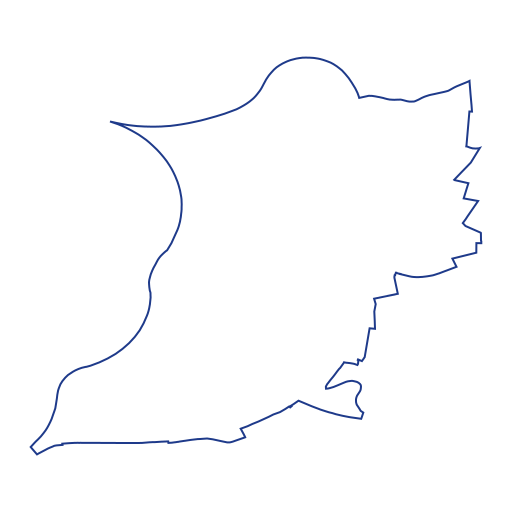 outline of Doesburg, Gelderland, Netherlands
{"feature_id": "6326949B86842981978413", "entity_name": "Doesburg", "entity_type": "district", "adm_level": 2, "iso_a3": "NLD", "parent_name": "Netherlands", "parent_adm1": "Gelderland", "projection": "natural_earth1", "projection_center": [6.146, 52.019], "detail": "fine", "context": "isolated", "style": "outline", "palette": "blue", "viewbox_px": 512, "rotation_deg": 0, "n_neighbors": 0, "source": "geoboundaries", "source_scale": "gbopen_adm2", "svg_char_len": 5941}
<svg xmlns="http://www.w3.org/2000/svg" viewBox="0 0 512 512"><path d="M30.7,447.0L32.1,448.7L37.0,454.4L38.4,453.6L39.1,453.2L40.1,452.7L41.4,452.0L43.1,451.1L45.4,449.9L47.8,448.6L49.6,447.8L49.8,447.7L52.8,446.5L53.4,446.2L54.3,445.8L54.8,445.7L56.5,445.4L62.5,444.9L62.3,443.7L67.3,443.3L68.7,443.2L72.1,443.0L74.1,442.9L78.0,442.8L79.2,442.9L80.3,442.8L83.0,442.9L92.8,442.9L100.2,442.9L123.2,443.0L124.0,443.0L125.3,443.0L132.1,443.0L138.5,443.0L142.3,442.9L149.4,442.3L153.3,442.1L155.2,442.1L161.2,441.7L168.2,441.4L168.4,442.9L171.6,442.7L172.1,442.7L172.4,442.6L174.7,442.3L175.7,442.2L177.5,441.9L178.5,441.8L179.3,441.6L184.0,440.9L185.6,440.7L186.1,440.6L186.8,440.5L190.8,439.9L197.6,439.1L200.3,439.0L201.5,438.9L207.1,438.5L212.7,439.3L221.0,441.1L227.2,442.4L229.8,442.4L231.5,442.0L232.9,441.6L235.7,440.6L245.2,437.3L245.1,437.0L243.7,434.2L240.7,428.7L247.6,426.2L252.3,424.0L258.5,421.5L264.2,418.9L268.8,416.8L273.3,414.5L280.0,412.1L281.2,411.4L285.3,409.0L289.1,406.5L290.2,407.4L291.5,406.3L290.9,405.8L293.3,404.3L298.5,400.7L311.6,406.2L314.2,407.2L319.0,409.0L320.2,409.5L323.6,410.6L326.4,411.5L329.0,412.3L332.3,413.1L335.2,414.0L335.8,414.2L340.5,415.3L341.3,415.5L343.1,415.9L348.8,417.0L350.6,417.3L355.6,418.0L361.2,418.8L361.7,417.4L363.3,412.6L360.7,410.9L359.6,409.0L356.7,404.6L356.1,402.5L356.0,401.1L356.0,400.1L356.0,399.2L356.4,397.4L357.1,395.6L358.3,393.8L358.9,392.9L360.0,391.2L360.6,389.8L360.8,388.6L360.9,387.6L361.0,386.8L360.8,385.2L360.1,384.1L358.6,382.8L356.9,381.9L354.1,381.2L352.5,380.9L351.2,380.9L348.0,381.3L346.1,381.8L344.1,382.6L341.0,383.9L337.7,385.3L333.5,387.0L330.1,388.0L328.6,388.4L327.3,388.6L326.0,388.7L325.9,387.1L325.9,386.5L326.5,385.4L327.2,384.1L327.9,383.3L330.5,379.9L333.0,376.9L334.4,375.1L337.3,371.2L338.8,369.3L339.3,368.7L340.1,368.0L342.1,365.2L343.7,363.0L344.0,362.3L346.0,362.7L347.2,362.8L349.9,363.1L352.9,363.6L354.3,363.9L357.4,365.0L358.0,363.9L358.1,363.2L358.1,362.8L358.2,362.1L358.2,361.6L358.5,360.9L358.1,360.1L357.8,360.0L357.9,359.6L358.0,359.4L361.9,361.1L363.4,359.0L364.7,357.1L369.6,328.3L375.0,328.8L374.9,325.9L374.7,320.1L374.3,311.5L375.7,304.1L374.1,298.7L397.8,293.8L394.5,278.2L394.4,277.9L394.4,277.2L394.4,276.5L394.5,276.0L394.7,275.1L395.1,275.1L395.1,274.9L395.2,274.7L395.6,273.5L396.2,271.9L396.2,272.1L396.2,272.3L396.3,272.4L396.4,272.6L396.5,272.7L396.7,272.9L396.9,273.0L397.0,273.1L398.4,273.5L400.3,273.9L400.2,274.1L400.7,274.2L409.4,276.3L411.9,276.8L414.0,277.0L415.8,277.1L418.8,277.1L422.4,276.9L425.8,276.5L427.9,276.2L431.4,275.6L433.0,275.3L435.6,274.5L437.7,273.8L439.3,273.3L440.6,272.8L444.8,271.2L447.0,270.4L456.5,266.8L452.4,258.6L476.3,252.7L476.4,243.1L481.3,243.2L481.3,241.4L481.3,241.2L481.0,240.8L481.0,239.9L480.9,233.0L480.8,232.8L480.7,232.7L465.5,226.0L462.8,223.1L465.6,219.3L466.2,218.4L467.5,216.4L478.1,201.0L463.7,198.4L466.3,189.9L468.4,183.2L454.6,180.1L454.2,179.8L461.5,172.2L470.8,162.6L479.8,148.0L479.5,148.1L479.4,148.3L476.3,148.5L475.0,148.5L473.3,148.4L472.8,148.4L471.3,148.0L470.2,147.7L469.4,147.4L468.6,147.1L467.1,146.5L466.3,146.4L466.5,145.1L468.1,126.7L469.4,111.5L472.0,111.6L471.5,104.9L471.3,102.8L470.5,93.9L469.5,81.2L469.5,80.9L468.1,81.6L466.0,82.5L461.8,84.2L456.7,86.3L454.2,87.5L449.2,90.3L448.6,90.6L448.2,90.8L447.2,91.1L445.3,91.6L443.2,92.1L438.6,93.1L434.1,94.1L430.7,94.8L429.1,95.2L425.7,96.3L424.3,96.8L421.6,98.0L420.7,98.5L419.4,99.2L418.4,99.7L415.3,101.1L414.7,101.3L414.0,101.5L413.6,101.5L411.6,101.6L409.7,101.6L408.8,101.5L408.3,101.4L407.1,101.2L403.7,100.3L401.7,99.8L400.6,99.6L400.0,99.6L397.9,99.7L396.6,99.7L394.3,99.8L392.0,99.7L390.6,99.6L389.9,99.6L388.4,99.3L387.3,99.1L384.2,98.3L383.7,98.1L381.5,97.6L379.2,97.1L378.0,96.9L375.4,96.4L373.5,96.1L372.1,95.9L368.8,95.8L359.2,97.9L358.8,96.5L357.5,92.9L355.3,88.4L351.8,82.7L348.7,78.1L345.3,74.0L342.0,70.4L339.4,68.3L336.8,66.3L333.4,64.1L330.6,62.6L327.8,61.5L325.6,60.7L322.9,59.8L320.0,59.0L318.1,58.6L315.0,58.1L313.3,57.9L310.0,57.7L305.8,57.6L302.4,57.7L299.3,58.1L296.3,58.6L292.4,59.6L290.5,60.1L287.3,61.3L285.5,62.1L282.6,63.5L279.4,65.4L276.6,67.3L273.9,69.7L271.0,72.9L268.9,75.4L267.6,77.3L266.4,79.1L265.6,80.4L265.5,80.7L263.8,83.8L262.6,86.1L261.3,88.5L259.9,90.7L257.1,94.3L255.6,96.1L253.7,98.1L252.1,99.5L249.9,101.3L248.7,102.2L246.4,103.8L243.8,105.4L241.5,106.7L239.9,107.6L236.5,109.3L231.7,111.1L224.6,113.7L216.2,116.3L205.8,119.2L200.4,120.6L191.2,122.6L188.2,123.2L181.3,124.4L176.6,125.1L170.4,125.9L165.8,126.2L161.4,126.5L157.8,126.6L153.3,126.7L148.4,126.6L144.4,126.5L140.8,126.3L137.3,126.1L132.6,125.6L127.7,125.0L122.3,124.1L116.3,122.9L110.0,121.5L118.0,124.2L121.9,125.8L126.1,127.7L132.0,130.8L135.0,132.5L138.6,134.6L142.1,137.0L146.3,140.0L149.3,142.5L152.6,145.5L156.9,149.6L159.7,152.6L163.3,156.8L166.8,161.3L169.5,165.4L171.4,168.5L173.2,171.9L175.2,176.1L177.5,181.8L178.7,185.5L180.0,190.3L180.3,191.9L181.2,196.9L181.5,199.2L181.6,202.0L181.7,204.3L181.6,207.4L181.6,209.5L181.4,211.9L181.2,213.4L180.8,217.1L180.4,219.2L180.0,221.6L179.7,222.7L178.8,226.1L178.2,227.9L177.4,230.0L174.4,236.6L171.4,243.2L167.1,250.3L165.8,251.2L164.2,252.6L162.5,254.2L160.8,255.9L159.4,257.6L158.0,259.6L156.9,261.6L155.4,264.5L153.5,267.9L152.2,270.7L150.8,274.2L150.1,276.7L149.3,279.8L149.0,282.2L149.1,284.5L149.3,287.1L149.8,290.5L150.4,292.4L150.5,293.2L150.5,294.5L150.6,297.5L150.3,300.5L149.9,304.4L149.2,308.2L148.6,310.7L147.7,313.7L146.8,316.0L143.6,323.3L139.7,330.3L134.8,336.9L129.1,343.1L122.6,348.8L115.6,353.9L107.6,358.5L99.3,362.4L90.5,365.7L86.5,366.8L85.6,366.9L81.8,367.8L78.4,369.0L75.3,370.4L72.8,371.8L68.0,375.0L65.2,377.7L62.4,381.1L60.4,384.3L58.8,388.3L58.1,390.5L57.3,394.8L56.9,398.3L56.1,403.4L55.3,408.3L54.4,411.0L53.2,414.4L51.6,419.0L50.3,421.9L48.6,425.3L47.1,428.0L45.5,430.5L43.4,433.3L40.8,436.5L38.0,439.4L35.8,441.5L34.1,443.3L32.2,445.4L30.7,447.0Z" fill="none" stroke="#1e3a8a" stroke-width="2"/></svg>